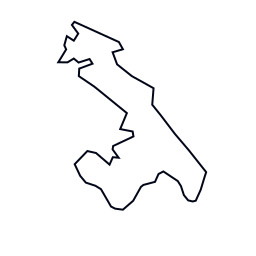 Khadjaabad, Andijon, Uzbekistan (orthographic projection), rotated 21°
{"feature_id": "79887680B20673665411961", "entity_name": "Khadjaabad", "entity_type": "district", "adm_level": 2, "iso_a3": "UZB", "parent_name": "Uzbekistan", "parent_adm1": "Andijon", "projection": "orthographic", "projection_center": [72.575, 40.634], "detail": "fine", "context": "isolated", "style": "outline", "palette": "ink", "viewbox_px": 256, "rotation_deg": 21, "n_neighbors": 0, "source": "geoboundaries", "source_scale": "gbopen_adm2", "svg_char_len": 851}
<svg xmlns="http://www.w3.org/2000/svg" viewBox="0 0 256 256"><g transform="rotate(21 128 128)"><path d="M38.9,73.6L42.1,76.8L39.4,91.6L48.0,88.4L52.5,82.6L58.4,84.6L67.4,77.4L71.8,80.7L61.2,90.0L63.5,97.2L81.9,101.5L121.6,114.5L121.1,131.8L133.6,129.6L136.1,133.9L120.6,150.1L121.3,153.5L129.9,159.1L124.3,160.7L123.9,168.8L107.1,162.8L98.3,164.1L91.2,180.9L100.5,189.8L108.2,194.1L118.3,193.6L124.7,194.8L140.3,207.4L144.9,207.9L152.5,206.1L158.9,194.1L161.2,178.3L162.8,175.6L172.5,168.6L173.0,160.0L176.6,155.9L193.5,159.7L198.3,163.3L204.2,170.6L210.1,174.0L214.7,173.4L217.3,171.6L218.0,159.6L217.1,146.9L216.8,141.2L192.8,127.0L173.9,116.7L153.7,104.2L142.3,97.6L137.6,81.7L113.0,78.2L95.0,72.5L86.5,62.8L95.0,56.3L88.7,51.0L39.9,48.1L38.7,51.9L47.7,57.7L46.1,65.9L38.0,64.2L38.9,73.6Z" fill="none" stroke="#020617" stroke-width="2"/></g></svg>